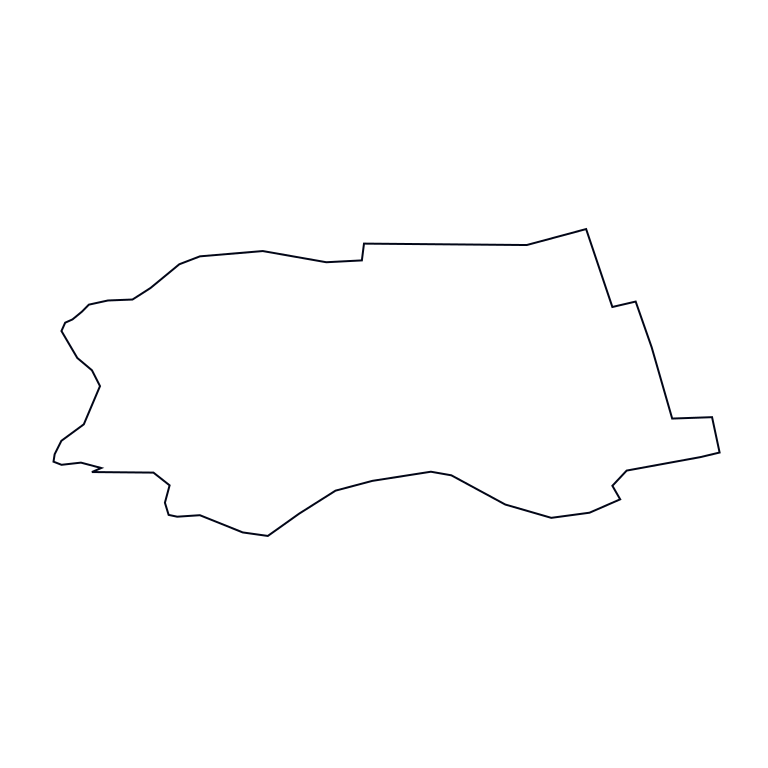 map outline of Jaunjelgavas (Robinson projection), rotated 178°
{"feature_id": "LVA-5732", "entity_name": "Jaunjelgavas", "entity_type": "Municipality", "adm_level": 1, "iso_a3": "LVA", "parent_name": "Latvia", "parent_adm1": "", "projection": "robinson", "projection_center": [25.345, 56.517], "detail": "fine", "context": "isolated", "style": "outline", "palette": "ink", "viewbox_px": 768, "rotation_deg": 178, "n_neighbors": 0, "source": "natural_earth", "source_scale": "10m", "svg_char_len": 833}
<svg xmlns="http://www.w3.org/2000/svg" viewBox="0 0 768 768"><g transform="rotate(178 384 384)"><path d="M51.0,303.8L70.3,299.9L144.5,289.0L159.3,274.3L152.0,260.5L183.1,248.2L221.5,244.4L242.2,251.2L267.0,259.3L293.2,274.7L319.9,290.4L340.2,294.7L399.0,287.6L436.2,279.1L473.3,257.4L505.4,236.2L530.4,240.6L572.6,259.3L595.3,258.6L603.8,260.7L607.1,273.0L601.8,290.2L617.5,303.5L679.0,306.2L669.5,309.9L689.6,316.0L709.1,314.5L717.0,317.9L715.6,325.3L708.4,338.5L685.4,354.2L667.9,391.8L675.4,407.9L689.6,420.7L704.5,448.2L700.5,456.4L693.1,459.4L683.4,466.8L676.2,473.6L657.0,477.1L632.4,477.2L614.0,488.1L584.4,510.8L563.5,518.0L500.5,521.1L437.4,507.7L401.8,508.3L399.1,525.0L236.5,517.9L176.6,531.8L153.1,453.0L129.6,457.6L115.2,411.3L97.2,339.4L57.3,339.4L51.0,303.8Z" fill="none" stroke="#020617" stroke-width="2"/></g></svg>